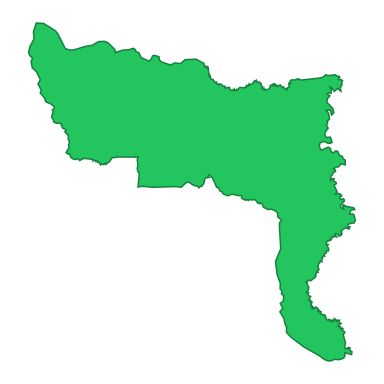 Phrasaeng, Surat Thani, Thailand (Mercator projection)
{"feature_id": "78962969B2036250841951", "entity_name": "Phrasaeng", "entity_type": "district", "adm_level": 2, "iso_a3": "THA", "parent_name": "Thailand", "parent_adm1": "Surat Thani", "projection": "mercator", "projection_center": [99.157, 8.509], "detail": "fine", "context": "isolated", "style": "filled", "palette": "green", "viewbox_px": 384, "rotation_deg": 0, "n_neighbors": 0, "source": "geoboundaries", "source_scale": "gbopen_adm2", "svg_char_len": 5907}
<svg xmlns="http://www.w3.org/2000/svg" viewBox="0 0 384 384"><path d="M282.8,308.2L279.9,311.8L284.0,318.7L285.3,324.9L286.7,327.2L286.4,332.3L291.1,337.3L304.2,347.2L319.2,355.6L324.8,359.7L328.4,361.0L331.5,360.7L334.6,359.3L339.1,359.7L343.7,358.2L345.0,355.6L344.9,352.8L351.6,354.6L352.0,351.8L349.9,350.5L349.9,347.7L348.1,347.6L348.1,348.4L347.1,348.1L346.7,349.0L345.2,348.6L344.7,346.4L345.5,343.0L343.1,334.1L344.7,333.2L344.8,331.9L342.0,330.1L343.0,328.8L342.3,328.0L340.3,328.5L340.3,326.8L337.9,326.1L341.1,323.4L339.2,323.1L339.5,320.2L338.2,320.1L336.1,321.9L337.0,320.4L334.3,318.5L334.2,320.9L332.8,320.0L332.1,321.8L331.0,321.9L331.1,320.3L328.9,319.3L328.2,320.8L326.5,319.3L325.1,315.2L323.9,315.6L323.7,314.8L320.5,313.9L321.0,312.0L319.8,312.3L320.1,311.2L319.3,310.6L318.1,311.2L318.6,309.5L316.2,307.0L314.1,308.1L313.4,307.6L313.7,308.8L312.5,308.9L312.8,307.9L311.5,307.5L313.1,306.1L311.9,306.5L310.9,304.9L311.9,302.6L310.8,302.4L311.6,301.5L308.9,300.1L310.0,299.6L309.4,297.9L310.6,296.4L308.5,295.6L307.8,294.0L308.6,292.8L306.4,292.2L308.3,290.5L308.8,287.2L306.4,282.6L307.4,282.1L306.8,281.3L309.1,280.0L310.7,280.9L315.4,277.1L316.0,275.1L315.4,274.2L317.1,272.0L318.1,272.3L317.5,270.8L319.1,269.3L318.0,267.9L318.6,263.6L320.1,262.4L319.9,261.3L322.1,261.6L321.5,260.4L322.6,258.3L322.1,257.6L323.6,255.9L324.7,256.2L324.2,253.9L326.5,252.8L326.5,250.6L328.5,250.9L328.7,248.9L327.0,245.3L328.0,244.6L326.3,244.2L326.6,241.5L330.6,240.3L330.0,239.1L331.6,239.0L332.2,236.4L333.7,237.2L334.6,236.1L336.5,236.9L335.1,234.2L335.7,233.5L338.0,234.3L338.5,236.1L340.7,235.6L341.5,234.8L341.0,233.7L341.9,233.6L341.4,230.5L345.1,227.9L349.2,229.0L349.9,226.8L347.7,227.0L348.0,224.4L352.4,222.9L353.7,223.3L355.4,220.5L354.0,214.7L352.4,213.9L349.9,214.3L349.5,213.4L351.3,209.9L354.7,209.6L353.9,207.9L345.3,206.1L343.6,204.5L342.6,205.8L343.8,209.2L340.6,207.4L340.4,205.9L342.5,202.5L344.4,201.2L344.3,199.8L343.4,198.8L340.9,199.4L339.7,198.2L339.7,197.0L341.7,196.0L341.3,194.9L338.5,193.4L335.5,193.9L337.1,191.7L334.0,185.1L336.2,183.8L336.2,182.6L333.7,180.8L334.0,178.7L332.2,178.6L331.0,180.6L330.5,180.0L330.9,176.2L332.6,174.5L333.1,172.6L335.6,171.5L335.1,169.8L333.5,169.1L335.9,167.2L338.7,166.8L341.2,163.7L345.2,164.9L345.3,160.2L343.2,158.8L342.3,156.3L339.4,155.3L337.6,151.2L335.3,151.0L333.7,152.8L332.4,152.5L330.9,151.5L330.4,148.2L328.1,147.2L321.8,150.1L320.2,148.9L319.4,146.1L319.7,143.3L322.8,141.6L325.1,141.7L328.2,143.4L330.7,143.2L332.1,142.1L330.3,137.1L326.3,137.5L324.7,134.8L325.2,132.3L328.1,128.2L326.5,125.1L327.7,122.7L327.2,121.1L329.5,119.3L328.7,113.5L326.3,110.3L330.3,110.1L331.6,115.0L333.9,112.8L332.7,108.3L326.9,102.3L327.3,98.8L329.9,95.9L327.2,93.9L328.4,92.7L331.0,93.3L331.3,89.2L329.9,87.0L331.7,87.8L334.3,91.4L337.4,88.5L340.9,91.1L340.3,88.1L342.0,84.6L341.7,81.8L342.6,80.8L341.1,79.5L338.5,79.6L338.4,78.1L339.8,77.3L339.0,76.2L337.1,76.2L335.4,74.8L328.0,75.6L325.8,74.7L322.6,77.4L316.7,78.4L300.6,80.1L298.4,78.7L294.5,80.0L291.6,79.9L290.5,80.4L289.6,82.7L290.2,83.3L288.8,83.4L289.2,87.3L287.5,87.8L287.3,89.6L286.3,88.9L285.3,89.4L283.4,86.8L281.9,87.3L280.3,85.0L277.4,85.8L277.8,86.5L276.1,86.1L275.8,84.6L274.6,85.7L275.3,84.4L274.5,83.8L273.6,85.7L272.2,85.1L272.5,84.4L270.1,85.8L270.2,87.2L268.6,89.3L264.7,90.1L265.0,89.4L264.0,89.7L263.9,88.8L263.6,89.4L261.7,88.4L262.8,86.9L261.3,85.6L261.1,83.4L259.6,82.2L257.4,82.3L257.2,81.3L255.9,81.3L256.0,80.5L255.0,81.4L254.4,80.9L253.2,83.0L249.9,85.0L249.1,83.9L248.4,85.7L246.7,85.3L246.6,86.9L245.8,86.6L244.6,87.9L239.8,87.4L237.6,89.7L236.6,89.3L235.9,90.6L234.9,90.6L234.2,89.1L233.8,90.2L233.3,89.7L231.5,90.6L229.8,89.3L229.4,87.3L225.0,88.0L224.9,86.1L223.1,86.2L221.1,84.1L219.3,84.9L219.3,84.0L217.3,84.2L216.5,83.5L216.6,82.1L215.0,82.5L213.0,79.5L210.8,79.2L210.3,76.1L209.6,76.7L208.7,75.7L209.5,74.0L208.7,73.5L208.2,67.4L207.2,68.0L207.2,66.7L206.0,67.1L205.7,66.1L204.6,66.8L203.9,63.4L196.1,59.2L185.2,59.6L180.5,63.6L174.8,62.9L170.4,65.0L161.5,62.0L159.2,59.6L159.0,56.7L154.0,55.3L152.5,56.0L151.3,59.1L148.9,61.1L141.2,57.6L138.8,52.7L136.0,51.7L135.3,49.6L133.3,48.3L128.6,49.8L122.8,50.1L115.3,52.5L114.8,49.5L108.0,42.7L104.4,41.3L98.6,41.6L91.7,45.5L85.8,46.3L73.0,50.1L69.2,49.9L65.2,48.5L58.1,34.2L55.5,30.9L43.8,23.5L36.3,23.0L33.4,32.0L34.1,38.7L29.9,46.6L28.6,52.5L30.0,55.9L32.6,58.1L31.1,61.6L32.3,68.0L36.5,71.7L40.4,79.9L38.0,83.8L41.2,90.2L40.2,93.0L44.7,98.1L45.7,101.8L50.6,103.8L54.1,106.5L54.1,108.7L52.3,109.9L53.2,111.3L51.6,117.2L53.6,119.9L53.4,121.8L56.3,123.3L59.4,123.1L61.7,124.0L61.4,125.7L62.8,128.3L65.8,129.4L66.1,130.2L64.8,131.7L68.5,136.0L68.1,139.0L69.5,142.2L68.5,145.2L69.0,147.7L66.0,152.6L68.5,154.3L69.9,154.1L70.7,157.4L73.5,159.1L75.6,159.5L77.9,158.7L79.6,160.5L83.8,158.4L92.4,159.3L93.4,160.2L93.1,160.9L94.4,160.2L96.0,160.8L95.7,161.5L97.7,161.2L97.5,162.2L99.5,162.8L100.5,164.8L101.4,163.4L101.2,164.2L103.7,164.5L104.2,163.6L105.2,164.5L106.6,164.0L106.5,162.9L107.7,163.1L109.9,161.3L111.8,157.9L118.2,157.0L138.1,157.1L137.2,159.5L137.9,165.3L137.2,168.2L137.8,171.6L139.3,173.7L138.0,187.0L142.4,186.3L152.7,187.3L175.6,186.6L181.3,187.2L186.0,182.8L188.5,182.0L193.5,185.3L198.2,186.6L198.9,187.9L200.2,186.4L201.9,186.4L202.1,185.0L203.5,184.2L204.6,181.2L204.1,180.1L205.5,178.2L209.1,177.4L207.6,176.5L208.9,174.8L212.4,177.7L216.6,187.2L218.3,187.7L220.0,191.0L221.8,191.6L222.9,193.7L227.5,195.8L232.3,194.2L238.9,195.7L240.4,195.4L241.4,195.9L241.8,198.4L245.2,200.1L247.5,199.7L248.2,200.5L249.0,199.7L253.7,200.0L254.9,199.3L257.8,203.1L260.0,203.8L260.5,202.8L262.1,203.7L263.3,207.1L267.8,209.5L271.4,209.2L275.6,211.0L277.5,212.9L277.9,217.0L281.9,220.4L279.6,222.5L279.4,226.2L280.7,248.8L275.5,261.5L277.1,274.5L280.3,283.3L280.1,288.8L281.6,290.4L281.6,294.3L283.7,295.4L283.3,301.1L280.3,303.4L282.8,308.2Z" fill="#22c55e" stroke="#15803d" stroke-width="1.5"/></svg>